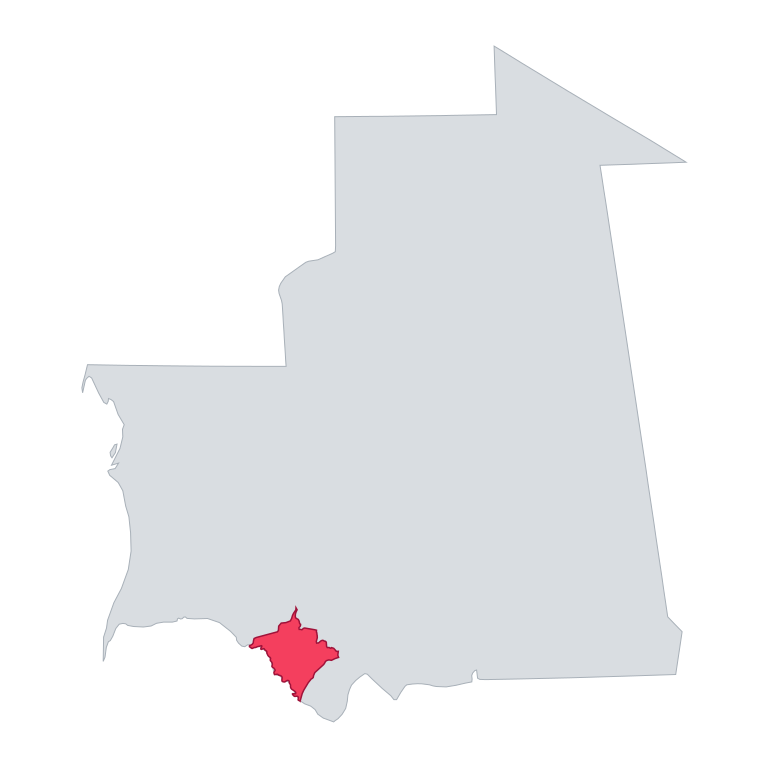 Gorgol on a map of Mauritania (orthographic projection)
{"feature_id": "MRT-2791", "entity_name": "Gorgol", "entity_type": "Region", "adm_level": 1, "iso_a3": "MRT", "parent_name": "Mauritania", "parent_adm1": "", "projection": "orthographic", "projection_center": [-12.986, 15.995], "detail": "fine", "context": "in_parent", "style": "filled", "palette": "rose", "viewbox_px": 768, "rotation_deg": 0, "n_neighbors": 0, "source": "natural_earth", "source_scale": "10m", "svg_char_len": 5958}
<svg xmlns="http://www.w3.org/2000/svg" viewBox="0 0 768 768"><path d="M324.5,718.5L323.3,718.1L317.8,714.2L315.1,709.6L310.7,706.1L304.6,703.8L300.7,701.2L298.9,698.2L296.6,696.2L294.3,695.2L294.0,694.1L294.6,692.6L294.0,689.9L290.5,683.8L287.2,681.0L284.3,681.4L282.7,680.7L281.8,679.3L281.4,677.4L279.5,675.7L276.1,674.9L273.4,670.4L271.4,662.1L268.8,655.6L265.6,651.0L263.3,649.3L261.6,648.9L261.0,648.2L260.6,646.9L258.0,646.4L254.5,647.8L251.3,647.3L249.8,645.0L247.6,644.8L244.8,646.7L241.8,646.1L238.5,643.1L236.6,640.2L236.3,637.3L230.6,631.4L219.5,622.6L207.5,618.5L194.4,618.9L187.0,618.4L185.5,617.0L183.8,617.1L182.2,618.7L180.5,619.0L178.7,618.1L177.5,618.8L177.0,621.0L172.4,622.1L163.6,622.1L156.5,623.3L151.1,626.0L143.5,627.0L133.6,626.5L127.7,625.4L125.7,623.8L122.8,623.4L119.2,624.2L115.8,628.5L112.8,636.2L110.3,640.6L108.4,641.7L106.3,647.4L105.0,657.1L103.2,661.4L103.6,637.1L106.5,628.1L107.6,620.2L113.9,602.7L121.4,588.5L128.3,569.5L131.1,551.1L130.6,532.9L128.9,516.8L125.7,506.1L122.8,490.7L118.2,482.5L109.7,475.3L107.8,471.1L109.9,469.6L115.1,468.6L118.6,463.1L111.5,465.2L120.0,448.4L122.8,436.9L122.5,429.3L124.2,424.7L118.1,414.4L113.6,401.6L111.1,399.6L108.5,398.5L108.2,401.4L106.8,404.1L103.8,402.4L98.7,393.1L91.6,377.9L89.0,376.3L86.8,378.3L85.4,380.2L82.6,392.8L81.9,387.8L83.1,381.9L85.1,374.7L87.5,364.7L93.9,364.8L105.4,365.0L128.5,365.4L140.0,365.5L163.1,365.8L174.6,365.9L197.7,366.1L209.2,366.2L232.3,366.3L243.8,366.3L266.9,366.4L278.5,366.4L286.1,366.4L285.6,359.2L285.3,353.6L284.8,345.9L284.3,338.3L283.9,330.8L283.4,323.7L283.0,316.5L282.6,310.0L282.2,303.9L281.5,300.4L279.1,293.5L278.6,290.1L279.3,286.5L280.9,283.1L285.3,276.8L292.1,272.0L299.8,266.5L305.8,262.3L308.8,261.2L318.0,259.8L325.3,256.5L332.4,253.4L335.3,251.7L335.6,245.8L334.7,116.7L369.1,116.4L378.2,116.4L441.5,115.6L450.5,115.4L496.5,114.6L496.3,108.5L496.0,99.8L495.6,87.9L495.1,75.9L494.4,54.9L494.1,46.1L503.3,51.7L521.8,63.1L531.0,68.7L549.6,80.0L568.2,91.3L586.9,102.5L596.3,108.1L605.6,113.7L615.0,119.3L624.4,124.9L643.2,136.0L651.1,140.7L663.3,148.2L674.7,155.2L686.1,162.2L669.1,162.9L646.4,163.7L630.9,164.3L615.0,164.8L600.0,165.3L601.9,177.4L603.9,190.6L606.0,203.9L608.0,217.1L610.0,230.4L616.0,270.2L618.0,283.5L620.1,296.8L622.1,310.1L624.1,323.4L628.1,350.0L630.1,363.3L632.1,376.7L634.1,390.0L636.1,403.3L638.1,416.7L642.1,443.4L644.1,456.7L646.1,470.1L648.0,483.5L650.0,496.8L652.0,510.2L654.0,523.5L655.9,536.9L659.9,563.7L661.9,577.0L663.8,590.4L665.8,603.8L667.7,616.8L674.0,623.4L682.1,631.7L680.3,643.9L678.1,658.5L675.7,674.5L654.3,675.2L633.2,675.9L580.4,677.5L569.8,677.8L516.9,679.0L506.3,679.2L485.8,679.6L479.8,679.4L477.6,678.2L476.6,670.0L474.8,670.6L472.7,673.0L471.7,675.6L472.1,679.0L471.8,681.9L465.0,683.2L455.9,685.3L446.2,686.9L436.4,686.5L433.0,685.9L429.5,684.8L421.7,683.8L417.4,683.7L412.6,684.0L406.8,684.8L405.0,686.3L400.8,692.4L396.6,699.6L393.9,699.6L390.8,695.7L382.3,688.5L372.0,678.9L367.3,674.2L364.8,673.6L359.9,677.0L355.8,680.4L351.5,685.1L349.5,689.6L347.9,694.9L347.3,701.1L345.7,708.4L342.2,714.2L338.0,718.7L334.9,720.8L333.7,721.9L324.5,718.5ZM115.4,452.6L112.0,457.8L110.6,455.8L110.1,452.3L113.1,447.5L114.5,444.9L117.0,444.1L115.4,452.6Z" fill="#d9dde1" stroke="#a8b0b8" stroke-width="1"/><path d="M252.1,648.4L251.8,648.4L251.7,648.3L251.3,648.0L251.2,647.9L250.9,647.8L250.7,647.7L250.5,647.4L250.3,647.2L249.8,647.0L249.5,646.8L249.4,646.3L249.6,645.5L250.7,645.2L252.2,644.3L253.2,643.0L253.5,640.7L254.1,638.5L256.3,637.5L277.5,631.8L278.4,630.4L278.7,626.1L281.2,623.1L286.0,622.6L290.4,620.9L291.7,618.3L292.5,615.5L293.5,613.4L295.9,609.8L296.0,607.8L297.1,609.8L296.1,611.8L295.4,614.1L295.3,616.5L295.6,617.8L296.7,618.6L298.3,619.5L299.1,621.1L299.4,622.4L299.7,623.7L300.6,624.3L300.5,625.4L300.0,626.6L299.0,627.5L299.0,628.4L299.2,629.4L299.9,629.4L300.8,629.4L301.4,629.7L302.2,629.6L303.3,628.4L304.6,628.0L314.5,629.7L316.5,630.2L316.4,632.0L316.8,632.8L317.0,634.7L317.2,635.5L317.3,637.7L316.3,641.5L316.6,643.1L318.6,642.9L320.6,641.1L321.5,640.6L322.5,640.3L323.5,640.5L324.3,641.1L325.5,641.3L326.3,642.2L326.6,646.5L327.3,647.6L329.1,647.5L329.9,648.0L330.8,648.3L331.0,648.0L331.4,647.6L333.7,648.3L335.5,650.3L336.1,651.1L337.1,651.4L338.3,651.3L337.8,655.2L338.6,657.4L335.0,658.6L331.5,660.3L328.8,659.9L326.5,660.6L325.4,661.6L324.7,663.0L323.7,664.5L314.8,672.6L313.6,675.4L313.2,677.5L312.3,678.4L311.2,679.0L308.3,682.6L303.8,690.1L302.2,693.6L300.1,701.2L299.7,700.8L298.4,700.3L298.3,700.2L298.1,699.7L298.1,699.3L298.4,697.9L298.4,697.5L298.2,697.1L298.0,696.7L297.5,696.4L297.0,696.2L296.4,696.2L295.3,696.4L294.8,696.4L294.3,696.3L293.9,695.9L292.7,694.7L292.4,694.0L292.9,693.6L294.7,693.8L295.6,693.7L295.8,692.9L295.5,692.0L294.8,691.3L291.7,689.2L291.1,688.5L290.7,687.7L290.5,686.8L290.5,685.0L290.4,684.6L290.1,684.2L289.6,683.5L289.4,683.1L289.2,681.6L289.1,681.1L288.7,680.7L287.9,680.4L287.1,680.5L286.3,680.9L285.6,681.5L284.8,681.9L284.1,682.0L282.5,681.6L282.2,681.4L282.0,680.9L281.9,680.4L281.9,680.0L282.2,677.9L282.1,677.2L281.7,676.5L281.2,676.0L280.5,675.6L279.3,675.3L278.9,675.2L278.0,674.5L277.6,674.3L276.8,674.3L275.3,674.5L274.5,674.6L274.0,673.2L273.9,672.8L274.0,672.3L274.2,671.8L275.0,670.6L275.1,670.2L275.0,669.8L274.8,669.4L274.2,668.5L273.8,668.1L273.4,667.8L272.6,667.3L272.3,667.0L272.0,666.7L271.9,666.2L272.0,665.7L272.2,665.3L272.3,664.8L272.3,663.8L272.1,662.9L271.6,662.0L270.7,660.9L270.4,660.6L270.3,660.2L270.3,659.8L270.5,658.9L270.6,658.4L270.5,658.0L270.2,657.5L268.8,656.5L268.4,656.1L268.0,655.5L267.7,655.0L266.9,653.2L266.9,652.7L266.8,651.8L266.7,651.4L266.4,651.0L265.0,650.0L264.7,649.7L264.3,649.0L264.0,648.7L263.2,648.7L261.4,649.4L260.8,649.0L260.9,648.2L261.8,646.6L261.7,645.8L261.4,645.7L261.1,645.7L260.8,645.8L260.1,646.1L257.3,646.7L255.8,647.4L255.4,647.5L255.2,647.5L254.2,647.5L253.9,647.6L252.5,648.4L252.1,648.4Z" fill="#f43f5e" stroke="#9f1239" stroke-width="1.5"/></svg>